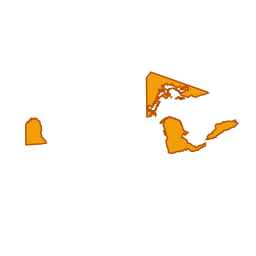 South New Georgia-Rendova, Western, Solomon Islands, rotated 310°
{"feature_id": "97153195B70216176300277", "entity_name": "South New Georgia-Rendova", "entity_type": "district", "adm_level": 2, "iso_a3": "SLB", "parent_name": "Solomon Islands", "parent_adm1": "Western", "projection": "orthographic", "projection_center": [157.385, -8.25], "detail": "fine", "context": "isolated", "style": "filled", "palette": "amber", "viewbox_px": 256, "rotation_deg": 310, "n_neighbors": 0, "source": "geoboundaries", "source_scale": "gbopen_adm2", "svg_char_len": 6102}
<svg xmlns="http://www.w3.org/2000/svg" viewBox="0 0 256 256"><g transform="rotate(310 128 128)"><path d="M151.5,137.9L151.2,137.4L151.6,137.8L151.9,136.7L152.7,137.4L154.7,136.4L155.4,134.2L155.1,133.7L154.3,134.0L154.6,133.8L154.5,133.1L154.2,132.6L155.9,132.5L155.3,131.4L154.8,131.3L158.0,129.5L158.3,130.0L159.1,129.6L159.3,132.3L159.9,132.3L158.9,132.9L159.8,133.5L161.3,132.6L162.0,133.2L163.0,131.5L164.7,131.4L164.8,132.1L166.2,131.6L166.4,132.7L166.5,131.6L170.3,129.9L171.7,130.5L172.2,129.1L173.4,128.8L174.0,129.9L174.9,129.8L176.4,129.0L176.7,127.8L176.0,127.8L176.2,127.3L177.4,126.8L178.2,128.8L179.0,129.0L178.2,130.0L178.0,128.9L176.9,129.5L177.2,130.4L176.8,130.3L177.9,131.1L178.9,131.1L178.8,130.6L180.0,130.9L180.4,129.8L181.9,129.8L182.2,129.4L181.7,128.0L182.9,128.4L182.3,127.3L182.8,127.5L183.0,126.9L184.4,128.5L186.4,128.5L186.9,128.9L186.3,130.6L187.1,130.4L187.8,132.6L190.2,133.6L189.0,134.5L189.7,135.0L189.7,137.1L191.2,140.3L193.4,140.8L193.3,141.8L191.5,143.2L191.9,144.2L193.9,144.0L192.5,145.3L193.6,145.7L194.5,144.7L195.6,144.8L196.1,146.2L196.9,145.2L198.0,146.2L197.8,147.9L197.1,147.6L196.4,149.6L195.3,149.7L195.1,150.4L195.2,149.3L195.5,148.8L194.5,148.0L194.7,146.9L192.9,148.2L189.8,146.5L189.1,146.7L189.0,145.0L188.3,143.9L187.2,147.9L189.1,151.3L189.7,153.9L194.1,155.7L194.0,157.9L195.5,160.4L200.6,162.8L201.5,164.1L206.5,167.0L206.5,165.7L185.5,109.7L178.2,110.0L148.7,135.3L151.5,137.9ZM166.7,162.1L166.6,160.9L165.7,159.8L165.6,158.9L165.1,158.8L165.2,157.2L164.9,157.2L164.2,155.9L164.2,154.3L163.6,154.4L163.9,153.8L162.7,152.1L161.6,151.5L162.2,152.4L161.3,152.3L161.0,152.1L161.4,151.6L160.8,151.9L160.7,151.2L160.3,151.7L157.8,150.9L156.8,151.2L157.2,150.6L156.6,150.1L155.9,150.5L155.7,151.7L155.4,151.1L154.8,152.1L154.0,152.0L153.2,153.2L152.4,153.4L152.5,154.2L151.2,155.7L151.4,156.4L150.6,156.6L150.4,157.4L149.5,157.4L149.6,158.5L148.8,158.8L148.9,160.0L148.0,160.8L147.6,160.2L147.4,160.9L147.9,161.1L146.9,160.9L146.7,160.3L146.5,160.5L146.9,161.4L146.5,164.3L142.3,165.6L138.9,169.8L137.3,172.9L135.2,174.7L136.2,177.0L137.4,178.4L139.0,178.7L139.2,179.9L140.3,179.9L142.9,182.1L142.9,182.8L145.0,183.5L145.4,184.7L147.9,185.0L148.3,186.4L148.7,186.0L149.2,186.1L149.3,186.7L150.3,186.7L150.7,187.6L150.7,191.0L152.4,193.4L153.9,193.9L156.1,195.9L159.3,196.3L160.6,197.5L161.7,197.5L163.2,198.5L164.6,198.4L166.2,197.0L162.0,195.3L159.9,193.6L158.0,193.3L156.8,192.3L157.1,191.0L156.1,189.8L156.0,185.7L154.8,183.5L156.5,180.9L156.3,178.3L155.4,175.8L155.9,176.1L156.0,175.3L157.7,174.1L159.5,173.9L160.2,174.6L159.2,175.4L159.3,176.3L160.8,176.6L162.7,175.3L161.9,171.9L164.9,167.6L164.9,166.4L165.8,166.0L165.6,165.0L166.2,165.0L166.6,163.9L166.3,161.7L166.7,162.1ZM49.5,60.6L59.7,71.4L64.0,75.1L65.1,73.0L66.0,66.9L67.0,66.7L68.1,64.0L70.6,63.3L73.8,60.1L74.0,58.9L76.4,56.0L75.9,54.2L76.6,51.8L75.5,51.1L75.3,49.9L74.5,49.7L74.8,50.3L74.4,50.3L73.8,48.9L73.0,48.7L73.5,47.9L72.5,47.4L71.8,48.0L72.2,48.3L70.9,48.6L70.7,47.5L68.2,48.1L68.1,46.9L65.0,47.5L49.5,60.6ZM202.8,204.9L200.0,203.6L197.3,200.0L194.8,198.4L194.5,197.3L190.7,196.1L188.1,193.5L186.7,193.0L185.2,194.1L184.6,195.5L183.5,195.8L179.9,195.2L179.0,196.0L178.1,195.3L176.9,195.7L175.5,194.4L174.3,194.2L172.3,194.3L172.3,195.1L171.5,195.5L169.5,195.3L171.5,197.4L173.1,197.7L174.6,200.1L175.3,199.6L176.8,200.3L177.4,201.3L179.3,200.9L186.0,203.1L187.7,203.1L191.4,205.9L194.5,206.9L197.4,208.8L202.1,209.1L202.3,208.8L201.7,208.1L202.1,207.2L201.6,206.7L202.4,206.1L201.7,205.7L202.8,204.9ZM186.3,136.0L184.6,134.2L182.5,134.3L180.9,135.0L180.2,136.5L178.0,134.3L174.8,132.9L174.4,133.5L175.0,134.6L174.9,138.1L176.3,138.6L177.5,138.4L177.8,136.0L178.8,137.4L178.9,139.1L179.6,139.6L181.0,138.7L181.1,135.6L181.7,135.0L184.3,134.8L186.3,136.0ZM187.4,151.4L187.1,151.8L187.0,150.9L185.2,149.0L184.1,146.3L182.2,146.2L183.3,147.2L183.6,150.0L186.6,151.9L187.1,152.0L187.4,151.4ZM168.4,135.6L167.1,134.7L167.0,135.2L163.3,135.6L160.2,137.0L157.8,136.9L158.2,137.5L159.6,137.8L162.3,136.6L164.6,136.8L165.5,136.2L168.4,135.6ZM189.5,143.1L187.9,139.2L187.8,137.2L186.5,136.0L187.7,137.9L187.9,140.7L189.1,144.6L189.5,143.1ZM157.9,137.8L157.1,136.8L157.1,137.6L156.4,138.0L155.9,139.9L155.0,141.1L155.8,140.7L155.4,141.2L156.1,141.1L157.9,137.8ZM171.0,132.4L170.2,131.5L168.6,132.4L170.3,132.4L170.7,132.9L171.0,132.4ZM157.0,133.3L156.3,132.5L155.5,132.7L156.0,134.0L157.0,133.3ZM155.5,149.9L155.3,149.3L153.3,149.3L153.5,150.0L155.5,149.9ZM148.7,159.9L148.4,159.3L148.1,159.6L148.0,158.5L147.3,159.9L148.7,159.9ZM160.1,151.2L159.8,150.4L157.6,150.0L159.3,150.4L160.1,151.2ZM174.5,132.7L174.1,132.9L172.9,133.1L173.8,133.5L174.5,132.7ZM157.3,149.8L156.8,149.4L155.7,149.5L155.9,149.9L157.3,149.8ZM163.1,177.0L163.0,176.1L162.7,175.9L162.5,176.8L163.1,177.0ZM182.1,132.1L181.9,131.4L180.9,131.6L182.1,132.1ZM182.0,146.1L181.6,145.7L181.1,145.7L181.4,146.3L182.0,146.1ZM168.2,134.2L168.2,133.3L167.9,133.3L167.4,134.2L168.2,134.2ZM153.0,150.2L153.1,149.4L152.4,149.7L153.0,150.2ZM189.4,139.8L189.8,139.2L189.4,139.1L189.4,139.8ZM164.9,133.5L165.2,132.9L164.4,133.1L164.9,133.5ZM156.7,136.5L155.8,136.6L155.9,137.1L156.4,136.9L156.7,136.5ZM182.7,133.2L182.2,133.3L182.5,134.0L182.4,133.4L182.7,133.2ZM156.9,135.6L156.7,135.1L156.4,135.5L156.9,135.6ZM155.9,135.2L155.4,134.8L155.2,135.3L155.6,135.5L155.9,135.2ZM155.7,137.9L155.4,138.0L155.1,138.4L155.4,138.4L155.7,137.9ZM171.6,132.1L171.2,132.0L171.1,132.8L171.3,132.7L171.6,132.1ZM179.3,133.3L178.9,132.9L179.0,133.4L179.3,133.3ZM154.8,138.5L154.4,138.2L154.2,138.3L154.3,138.7L154.8,138.5ZM154.7,133.7L154.9,133.1L154.6,133.1L154.7,133.7ZM156.9,137.1L156.5,137.2L156.4,137.5L156.8,137.4L156.9,137.1ZM164.6,132.9L164.7,132.4L164.2,132.7L164.6,132.9ZM148.6,158.2L148.5,157.9L148.1,158.4L148.6,158.2ZM164.9,156.7L165.1,156.8L164.9,156.4L164.9,156.7ZM179.8,141.5L180.3,141.0L179.8,141.3L179.5,141.5L179.8,141.5ZM178.7,137.8L178.6,137.3L178.2,136.8L178.7,137.8ZM158.6,150.7L158.9,150.7L158.5,150.5L158.6,150.7ZM182.7,135.3L183.1,135.2L182.6,135.2L182.7,135.3Z" fill="#f59e0b" stroke="#b45309" stroke-width="1.5"/></g></svg>